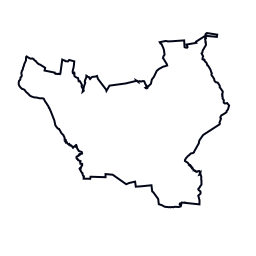 Villa de Allende, México, Mexico, rotated 173°
{"feature_id": "50627088B59559873877291", "entity_name": "Villa de Allende", "entity_type": "district", "adm_level": 2, "iso_a3": "MEX", "parent_name": "Mexico", "parent_adm1": "México", "projection": "mercator", "projection_center": [-100.123, 19.395], "detail": "fine", "context": "isolated", "style": "outline", "palette": "ink", "viewbox_px": 256, "rotation_deg": 173, "n_neighbors": 0, "source": "geoboundaries", "source_scale": "gbopen_adm2", "svg_char_len": 5748}
<svg xmlns="http://www.w3.org/2000/svg" viewBox="0 0 256 256"><g transform="rotate(173 128 128)"><path d="M226.4,197.5L226.4,197.3L227.1,195.8L227.2,194.3L227.0,193.3L227.3,192.3L227.7,191.8L228.4,191.4L228.7,190.9L228.7,190.1L229.0,189.4L229.2,189.0L230.3,188.2L231.0,186.3L231.1,184.3L230.6,182.8L229.7,181.3L228.8,180.2L228.4,179.7L227.0,179.2L226.0,178.4L224.8,176.2L223.3,174.6L221.4,172.1L220.8,171.6L219.3,170.7L217.8,170.0L216.6,169.6L215.4,169.5L211.9,168.2L209.7,168.0L208.1,167.4L207.0,164.4L205.8,162.2L204.1,158.5L204.1,157.6L203.5,157.1L203.3,156.0L202.7,154.2L200.2,144.5L199.8,139.7L198.5,137.1L197.0,135.4L196.5,135.4L194.6,130.8L192.9,128.7L192.9,128.2L192.4,127.1L192.1,125.5L192.3,124.6L191.8,124.2L191.6,123.7L191.7,123.2L191.4,123.2L191.5,123.0L191.2,123.0L191.2,122.6L192.0,122.5L191.7,122.1L191.5,121.2L190.8,121.4L190.4,121.2L190.5,120.8L190.1,120.3L190.0,120.0L189.5,119.5L188.8,119.2L188.7,118.6L188.1,118.3L187.9,118.7L187.5,118.0L187.4,117.7L187.1,117.8L186.9,117.8L186.9,117.4L186.5,117.3L185.4,116.4L185.4,116.1L185.3,115.5L185.0,115.1L184.5,115.6L182.6,116.7L181.5,117.5L180.7,117.3L181.0,117.3L181.7,115.6L181.1,115.5L180.9,113.7L180.1,112.6L179.9,111.6L179.5,111.1L177.0,109.9L176.7,109.6L176.9,108.7L176.7,108.3L176.8,108.1L178.6,108.0L178.9,107.4L179.8,106.9L179.8,107.3L179.4,107.8L179.5,107.9L180.3,107.0L181.2,106.2L182.2,106.0L182.6,105.7L182.8,104.6L182.6,103.8L182.1,103.7L181.9,103.2L181.5,102.9L181.5,102.3L181.3,102.1L179.5,101.1L179.8,100.8L179.7,100.4L179.4,100.2L179.7,99.7L179.6,98.3L178.5,98.0L178.0,98.1L177.8,97.9L178.1,96.9L178.1,96.3L178.9,95.8L179.1,95.1L179.9,94.4L180.0,94.0L179.8,93.8L179.9,93.5L180.2,93.5L180.7,93.9L181.0,93.6L180.4,91.8L180.2,91.7L179.7,90.1L179.4,89.4L178.7,88.9L178.6,88.6L178.8,88.0L178.5,86.3L177.7,85.5L177.9,85.1L178.0,84.7L177.8,84.5L178.2,83.1L171.7,82.2L171.1,84.2L156.3,81.9L155.9,85.0L148.9,83.5L136.6,72.4L133.5,73.3L127.5,73.9L127.4,68.8L121.3,68.5L111.7,68.3L111.7,62.1L110.7,61.1L106.7,53.9L106.7,48.6L103.6,47.2L103.3,46.9L101.5,45.6L100.9,45.3L99.3,44.9L98.9,44.9L97.3,44.4L96.6,44.5L95.3,44.1L93.6,44.2L92.5,43.8L91.1,44.1L87.3,43.4L85.8,43.7L85.3,43.7L84.5,45.3L84.9,45.7L85.0,45.4L85.7,45.6L86.0,45.8L86.0,46.1L85.5,46.8L83.7,47.1L83.6,47.4L82.5,47.1L80.8,47.1L80.8,46.8L66.4,43.5L65.9,46.9L65.9,48.2L66.5,52.3L64.3,53.8L63.8,54.8L63.9,56.2L64.2,56.7L65.2,57.5L65.7,58.4L65.4,59.3L64.4,60.0L63.4,61.4L62.0,62.8L61.5,66.8L61.6,68.0L61.2,70.8L61.5,72.3L61.8,72.4L61.7,73.6L62.6,73.3L62.4,73.6L62.0,73.6L61.7,74.6L62.5,73.9L62.2,74.5L62.0,75.6L62.0,75.9L62.3,76.5L63.5,76.7L64.1,76.5L64.2,76.3L65.2,76.1L65.9,76.4L65.9,76.6L66.4,76.9L66.2,77.1L66.7,77.5L66.8,77.4L67.7,78.2L67.9,78.4L68.1,78.3L68.1,78.6L68.9,80.0L69.4,80.1L69.5,80.5L69.0,80.7L70.2,82.7L70.9,82.7L71.0,82.8L70.7,82.8L70.8,83.7L71.1,83.9L71.0,83.5L71.0,83.0L73.1,86.4L75.5,88.3L75.4,89.2L74.5,90.5L73.5,91.5L71.5,93.2L70.7,93.5L69.4,94.6L68.6,95.1L66.7,95.2L65.5,95.8L65.1,96.7L59.5,104.3L59.2,105.8L58.5,107.2L54.3,111.9L36.8,120.4L36.3,121.1L36.5,121.9L36.5,122.3L34.6,125.8L34.8,126.8L35.1,127.0L34.8,127.9L33.7,129.2L31.6,130.0L28.4,131.6L28.0,132.8L26.5,134.3L24.9,138.0L26.6,140.7L27.8,140.5L28.8,140.5L29.3,140.9L29.8,141.4L29.9,142.2L29.5,144.0L30.5,145.6L30.4,146.7L30.2,147.1L30.6,148.1L30.4,148.7L30.5,149.2L30.2,149.4L30.5,150.0L30.4,150.4L29.8,151.4L29.5,152.1L29.7,153.2L30.3,153.9L30.4,154.6L30.8,155.1L31.3,156.2L32.0,157.1L31.8,158.7L32.2,159.7L33.4,162.1L35.3,162.8L35.8,163.5L36.1,163.7L36.5,164.6L36.5,166.1L37.8,168.9L38.6,170.1L38.6,171.3L38.1,172.1L38.4,172.5L39.1,176.1L40.9,180.1L41.6,180.5L41.6,181.1L41.9,181.9L41.9,182.5L42.3,183.3L42.6,183.8L43.1,184.2L43.8,185.4L43.7,186.0L44.0,186.1L44.2,186.6L44.5,186.4L45.7,187.2L45.2,189.1L44.7,189.9L44.8,190.4L45.6,192.2L45.9,193.1L45.1,193.6L44.4,195.8L40.5,200.9L40.4,203.1L40.6,203.0L40.7,203.6L40.5,205.9L40.7,206.4L40.3,207.4L40.4,207.6L40.2,207.8L40.3,208.4L39.7,208.1L39.7,208.6L39.5,210.0L28.7,207.6L28.1,209.8L38.0,212.6L38.3,212.1L39.0,212.2L39.4,211.9L39.8,210.9L40.1,210.1L50.1,205.3L50.1,204.6L49.9,204.2L59.7,203.7L59.0,201.1L59.6,200.5L61.3,200.9L62.0,201.4L61.6,208.1L74.7,208.8L78.1,209.1L78.9,209.5L80.0,209.8L86.0,209.3L85.3,208.1L85.4,207.9L84.4,207.0L83.1,202.6L82.8,200.5L82.8,196.3L83.9,195.1L84.8,193.2L84.3,192.4L81.7,186.7L81.5,185.3L84.3,184.7L85.6,184.6L89.9,182.9L92.5,181.2L96.0,175.7L98.4,173.2L99.9,169.1L103.4,166.4L103.9,165.3L104.6,165.1L105.2,165.2L105.8,165.8L104.3,166.4L104.2,166.7L104.8,167.6L104.8,167.8L104.5,167.8L105.4,169.4L106.2,172.4L107.4,172.8L109.5,172.5L110.6,173.1L111.8,172.8L112.3,173.1L112.2,172.4L114.4,174.4L114.3,173.7L124.8,172.5L141.2,172.3L144.9,167.5L145.1,168.8L151.9,180.5L152.4,183.4L154.1,183.0L156.8,183.1L157.9,182.8L159.7,181.2L160.1,181.8L160.3,183.1L162.0,183.8L162.4,184.6L162.9,185.0L163.3,183.2L164.8,180.6L165.1,179.7L165.1,179.4L165.3,179.1L164.9,178.1L166.2,175.6L167.3,172.8L167.5,171.6L167.4,170.3L168.6,169.5L167.9,171.6L168.2,172.9L168.9,174.4L168.9,175.4L168.5,175.7L168.7,177.2L170.1,180.4L171.2,180.4L171.5,183.6L172.6,184.1L174.7,185.8L174.9,188.1L174.5,188.3L174.6,189.5L175.2,189.4L175.2,189.0L175.4,188.9L175.5,188.7L176.0,189.1L176.1,190.3L176.0,191.1L174.3,195.8L173.2,200.7L178.1,202.7L179.5,201.4L182.1,202.0L182.4,202.6L184.2,203.4L184.9,203.9L188.5,190.3L189.0,190.2L189.1,189.8L190.4,190.1L190.5,190.3L191.8,190.2L192.7,190.7L193.4,190.6L194.1,191.4L194.0,191.9L203.8,195.2L202.9,197.9L207.1,201.3L208.2,202.0L208.7,202.1L210.6,204.2L211.3,205.6L212.6,206.6L213.2,207.8L213.6,207.9L213.9,208.4L214.6,208.7L215.9,208.6L216.8,209.0L218.6,210.2L219.0,210.7L219.9,211.4L220.4,211.0L220.8,209.5L221.0,207.6L223.2,204.0L224.1,201.7L224.6,201.1L225.5,198.6L226.4,197.5Z" fill="none" stroke="#020617" stroke-width="2"/></g></svg>